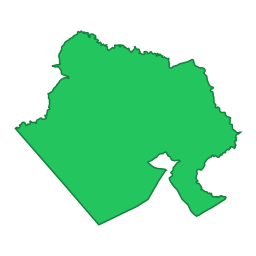 the district of Kibwezi West, Eastern, Kenya
{"feature_id": "3690345B25425189689724", "entity_name": "Kibwezi West", "entity_type": "district", "adm_level": 2, "iso_a3": "KEN", "parent_name": "Kenya", "parent_adm1": "Eastern", "projection": "orthographic", "projection_center": [37.912, -2.311], "detail": "fine", "context": "isolated", "style": "filled", "palette": "green", "viewbox_px": 256, "rotation_deg": 0, "n_neighbors": 0, "source": "geoboundaries", "source_scale": "gbopen_adm2", "svg_char_len": 5735}
<svg xmlns="http://www.w3.org/2000/svg" viewBox="0 0 256 256"><path d="M15.4,128.5L66.1,186.7L98.8,224.8L136.9,206.4L148.0,199.4L157.4,183.2L157.8,182.1L165.4,170.7L166.3,170.2L165.1,169.4L163.9,169.1L157.1,168.4L154.3,167.5L152.8,166.6L148.4,163.1L147.8,162.1L152.0,160.2L155.4,157.7L156.5,157.3L158.7,154.6L160.2,153.7L162.9,153.7L163.8,152.8L165.5,152.0L166.3,152.6L166.7,153.6L167.6,154.4L167.8,155.7L170.1,156.9L170.9,158.1L171.3,159.3L172.0,160.2L174.9,160.8L175.8,160.5L179.1,160.2L180.0,161.2L177.2,162.8L173.1,168.0L173.1,169.8L172.6,170.9L171.1,172.0L170.9,172.7L172.4,173.9L172.3,175.8L169.3,177.9L169.6,179.5L170.6,181.8L173.9,186.5L177.1,189.7L182.2,199.4L188.1,205.0L190.5,210.3L191.9,212.2L193.9,214.2L196.7,216.3L197.0,215.9L199.0,215.1L205.0,211.3L212.4,207.3L225.1,199.2L226.0,197.4L225.0,196.6L222.8,196.6L221.6,195.7L220.3,196.0L219.6,196.8L218.8,196.6L217.7,197.4L217.1,197.2L216.8,196.9L216.9,196.6L216.5,196.5L213.6,196.9L211.8,195.7L211.4,195.0L211.7,194.2L211.4,193.5L210.2,193.8L209.6,193.0L208.8,193.4L208.0,193.4L206.9,191.9L204.9,191.5L202.6,189.9L201.0,189.3L201.7,188.3L201.6,187.3L199.1,183.5L198.6,183.3L197.6,183.6L197.1,183.4L196.3,182.0L197.4,181.7L197.8,181.2L196.0,178.4L196.5,175.2L197.3,173.7L196.8,172.0L196.9,170.6L197.5,169.7L198.1,169.5L199.3,169.4L200.8,170.0L201.8,169.8L201.8,169.4L203.4,167.6L204.6,165.5L204.7,164.4L204.5,163.2L204.7,162.3L205.7,161.5L207.0,159.5L208.2,158.4L209.0,158.1L210.2,157.1L211.2,156.9L212.1,155.4L212.7,155.2L213.7,156.5L214.1,156.4L215.0,155.5L216.9,156.6L217.4,157.2L218.9,157.2L220.0,155.9L220.4,154.7L221.4,155.1L221.8,154.9L222.5,154.2L222.4,153.8L222.9,153.1L224.6,152.4L225.0,152.7L225.5,152.4L225.4,151.4L226.5,150.2L227.7,149.3L228.4,149.8L229.2,149.6L229.5,148.8L230.1,148.4L229.9,148.1L230.0,147.6L230.5,147.5L230.7,146.7L231.4,146.7L233.2,147.4L233.4,147.7L233.9,147.7L234.3,148.1L234.6,147.7L234.8,148.0L235.2,147.3L234.9,146.9L235.8,145.7L235.8,145.0L235.1,144.9L235.1,142.9L234.6,141.6L235.1,140.8L236.1,140.8L236.4,140.5L236.1,139.5L236.4,137.8L235.6,137.4L236.1,135.2L236.9,134.5L238.5,133.9L240.6,132.3L239.2,132.3L238.3,132.8L236.8,132.6L234.7,130.5L232.8,129.3L232.5,128.6L232.3,125.0L231.7,124.4L230.4,124.3L229.6,123.8L229.7,122.9L230.2,122.2L230.0,119.5L230.6,118.2L230.4,117.7L227.4,116.7L226.4,116.0L225.7,115.1L225.3,114.1L225.2,112.9L224.8,112.4L222.0,112.5L220.9,112.2L220.3,111.7L219.8,110.9L219.6,108.6L218.9,107.6L217.7,107.1L216.2,107.7L215.5,107.4L215.4,106.7L215.8,104.8L214.3,103.2L213.9,101.4L213.9,98.5L212.8,92.2L212.3,91.6L210.7,91.3L210.4,90.5L210.8,89.4L212.8,88.5L213.4,87.8L212.9,87.2L211.1,86.7L209.9,85.9L208.6,83.6L207.2,79.9L206.8,76.4L206.6,75.9L205.1,74.8L204.1,73.5L204.1,72.6L205.1,70.9L205.0,69.8L204.2,68.7L202.6,67.8L199.3,67.8L197.6,66.7L195.5,65.9L194.8,65.1L194.2,63.8L193.5,60.6L192.8,59.6L191.6,59.7L188.9,61.2L186.8,62.0L179.8,63.8L177.0,65.4L173.2,66.4L171.8,67.8L170.2,68.0L169.5,67.6L169.1,66.6L169.4,63.2L168.9,62.3L168.6,60.4L168.7,58.5L167.1,58.6L166.1,58.0L165.3,58.0L164.4,56.9L163.4,57.4L161.8,57.0L161.7,56.5L162.4,55.9L161.0,55.3L160.3,54.3L159.6,54.3L159.0,55.4L158.7,55.4L158.1,54.0L157.6,53.5L157.2,53.6L156.8,54.1L156.9,54.5L157.3,54.6L157.3,54.9L156.9,56.0L156.6,56.1L156.2,54.8L155.1,53.5L154.6,53.3L153.9,53.8L153.0,53.9L152.5,53.6L151.0,51.7L150.3,51.9L149.3,53.3L148.0,53.7L146.8,51.7L144.9,51.6L144.5,51.6L144.0,52.2L144.7,53.9L144.5,54.2L143.6,54.4L141.7,54.2L140.6,53.1L139.9,53.4L139.1,53.1L140.0,51.5L139.2,50.6L139.1,49.4L138.1,49.1L137.3,49.7L137.0,49.6L135.3,47.4L135.1,46.7L134.6,46.8L134.8,47.9L134.0,49.8L132.4,50.8L131.9,51.4L131.8,52.2L131.2,52.4L130.7,52.1L129.0,50.1L129.2,49.2L128.9,48.5L128.6,48.3L127.8,48.7L127.1,48.7L126.5,48.4L125.4,47.1L125.0,47.1L124.2,47.5L123.8,45.7L123.0,45.5L122.7,45.2L121.7,45.4L120.7,44.9L120.2,45.3L120.8,46.4L120.3,46.9L119.3,46.5L119.2,45.0L117.0,45.4L115.2,45.1L114.6,45.4L114.9,47.0L114.1,48.2L113.7,48.3L112.6,47.5L109.4,49.9L107.9,50.3L107.6,49.9L107.3,46.9L106.2,46.0L106.6,44.9L105.8,45.0L105.5,46.0L104.8,45.8L104.7,45.3L103.9,45.0L103.4,44.2L101.4,45.3L101.4,44.3L100.7,42.5L100.3,42.2L100.0,42.4L99.9,43.1L97.1,42.6L97.2,41.6L98.2,41.1L98.3,40.3L96.7,39.2L96.2,39.0L95.4,39.3L94.5,38.6L94.3,38.1L95.1,38.0L95.8,37.1L95.5,35.8L95.2,35.5L94.7,35.6L93.2,34.2L91.2,34.0L90.1,35.0L89.9,37.0L89.0,37.3L88.5,36.8L89.1,35.8L88.9,35.5L88.3,35.5L87.8,34.7L88.7,34.0L87.7,32.6L86.4,32.8L85.5,33.3L84.9,32.5L84.1,32.1L83.7,32.2L83.8,33.1L83.1,32.7L81.3,31.2L80.9,31.3L80.2,32.2L79.4,32.5L78.8,31.7L78.2,31.6L77.7,32.2L77.2,34.1L76.6,34.8L75.3,35.1L73.7,35.9L72.3,37.7L70.1,38.6L68.5,40.1L65.9,41.5L65.2,42.2L64.4,43.4L64.1,44.5L61.8,46.8L61.5,50.0L60.6,51.3L60.3,52.7L59.4,53.6L59.1,54.4L58.8,56.3L59.7,59.7L59.5,61.7L59.8,62.5L59.7,63.4L60.1,63.7L60.1,64.2L51.9,65.9L55.5,67.0L57.8,66.8L58.7,67.1L61.1,70.4L61.5,73.4L61.8,74.0L62.7,74.6L68.4,76.7L68.8,77.9L68.6,78.2L66.4,77.7L65.1,77.7L63.3,78.3L61.2,79.5L59.8,80.8L58.6,83.1L57.6,83.9L57.5,84.4L56.7,84.9L56.5,85.8L54.3,88.1L53.6,88.4L52.8,90.7L51.9,91.7L50.4,92.5L50.0,93.2L48.2,93.5L48.3,94.8L48.7,95.2L48.5,98.2L49.7,99.8L49.4,100.9L49.6,104.1L48.7,106.9L48.7,107.2L49.6,108.1L49.7,108.7L48.8,109.5L47.5,110.1L46.8,114.3L47.0,115.0L45.8,115.6L45.0,115.5L45.3,116.8L46.2,117.5L46.1,118.4L43.8,119.4L42.0,118.9L41.3,118.1L40.0,118.3L39.2,119.1L37.3,119.8L37.0,120.1L36.2,121.7L36.4,122.4L36.1,123.2L35.2,123.1L34.8,122.4L32.1,122.5L30.3,121.1L29.9,121.4L30.3,122.7L29.9,124.1L29.5,124.3L27.8,124.1L27.0,125.1L26.2,125.3L25.8,125.3L25.5,123.8L24.3,122.5L23.5,122.3L22.0,122.6L21.9,123.5L21.2,124.4L19.9,124.8L19.6,125.2L20.2,126.0L20.2,126.5L18.7,128.3L18.3,128.4L17.9,127.5L17.5,127.4L16.9,128.2L16.3,127.6L15.4,128.5Z" fill="#22c55e" stroke="#15803d" stroke-width="1.5"/></svg>